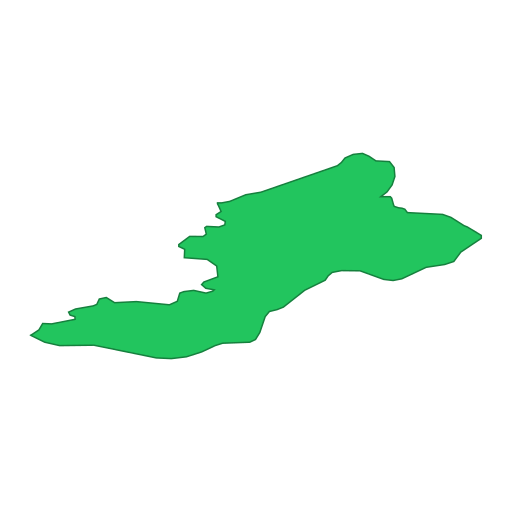 Fife, Equal Earth projection
{"feature_id": "GBR-2021", "entity_name": "Fife", "entity_type": "Unitary District", "adm_level": 1, "iso_a3": "GBR", "parent_name": "United Kingdom", "parent_adm1": "", "projection": "equal_earth", "projection_center": [-3.169, 56.241], "detail": "fine", "context": "isolated", "style": "filled", "palette": "green", "viewbox_px": 512, "rotation_deg": 0, "n_neighbors": 0, "source": "natural_earth", "source_scale": "10m", "svg_char_len": 1435}
<svg xmlns="http://www.w3.org/2000/svg" viewBox="0 0 512 512"><path d="M217.5,202.9L221.6,202.9L229.7,201.4L245.9,194.7L260.9,192.2L337.4,165.7L341.4,162.5L345.0,158.0L353.2,154.4L362.5,153.4L369.1,156.3L375.9,160.9L389.5,161.6L394.1,167.5L394.9,176.5L392.1,184.9L387.0,191.9L380.8,196.7L390.3,196.7L391.7,198.2L393.5,204.7L394.2,206.4L398.6,207.8L402.0,208.2L404.8,209.2L407.4,212.6L442.6,214.4L451.0,217.4L464.1,225.7L467.2,226.9L481.3,235.4L481.3,238.3L460.8,252.1L453.8,261.5L444.7,264.5L426.2,267.3L401.8,278.8L393.1,280.5L383.7,279.4L360.0,270.8L341.5,270.6L332.2,272.4L328.2,275.8L325.2,280.2L304.8,290.2L283.4,307.1L277.1,309.6L269.4,311.5L265.2,316.6L259.8,332.5L255.5,339.5L249.8,342.2L222.7,343.2L215.1,345.6L201.7,351.9L186.4,356.8L171.3,358.6L156.2,357.9L93.9,345.2L59.6,345.6L44.7,342.2L31.1,335.5L30.7,335.2L32.3,334.3L38.9,329.9L42.7,323.5L51.6,323.9L75.1,319.3L74.9,316.6L70.1,315.1L68.6,312.1L75.5,309.0L93.2,305.9L96.8,304.4L99.3,299.0L106.3,297.5L114.6,302.7L136.4,301.6L169.4,304.8L177.3,301.3L179.8,293.1L183.9,291.6L193.7,290.4L206.0,293.1L212.7,291.2L214.2,289.8L205.8,288.3L201.6,284.6L203.9,282.0L217.9,276.8L216.7,266.0L207.2,259.4L184.3,257.7L184.7,249.3L178.8,246.5L178.8,244.5L189.7,236.4L203.1,236.5L206.3,234.1L204.8,227.7L206.6,226.4L218.9,227.0L224.8,224.9L225.3,221.4L216.1,216.7L216.1,214.7L221.1,211.5L218.5,205.7L217.5,203.8L217.5,202.9Z" fill="#22c55e" stroke="#15803d" stroke-width="1.5"/></svg>